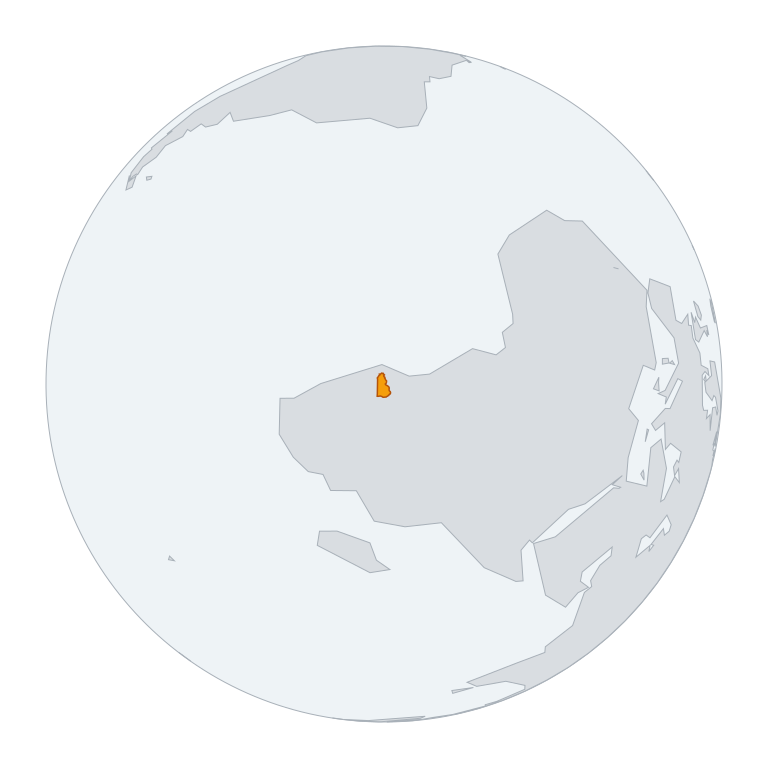 the Earth from above Cunene, rotated 91°
{"feature_id": "AGO-1889", "entity_name": "Cunene", "entity_type": "Province", "adm_level": 1, "iso_a3": "AGO", "parent_name": "Angola", "parent_adm1": "", "projection": "orthographic", "projection_center": [15.075, -16.287], "detail": "fine", "context": "on_globe", "style": "filled", "palette": "amber", "viewbox_px": 768, "rotation_deg": 91, "n_neighbors": 0, "source": "natural_earth", "source_scale": "10m", "svg_char_len": 6353}
<svg xmlns="http://www.w3.org/2000/svg" viewBox="0 0 768 768"><g transform="rotate(91 384 384)"><circle cx="384" cy="384" r="338" fill="#eef3f6" stroke="#a8b0b8"/><path d="M52.6,318.0L50.8,327.6L54.9,307.6L54.1,313.7L60.5,302.7L59.1,307.7L64.0,321.5L75.2,322.4L77.8,334.2L75.8,343.9L81.1,343.3L81.2,349.0L107.4,346.0L125.1,354.6L127.6,374.8L118.5,402.7L124.1,456.0L111.5,481.1L117.6,503.1L123.9,539.1L115.1,542.6L127.2,555.2L130.2,566.9L127.1,571.3L134.8,581.8L132.9,584.9L140.1,589.5L149.5,606.7L161.2,615.7L171.2,629.1L179.0,634.0L178.3,635.1L180.7,638.6L185.0,642.0L177.2,640.5L160.9,628.3L153.3,620.1L152.0,620.7L134.6,600.0L137.8,605.4L114.8,578.1L99.3,553.0L67.1,486.2L62.1,475.3L57.1,467.8L53.0,451.9L48.6,425.3L46.4,398.5L46.3,371.5L48.4,344.6L52.6,318.0ZM194.5,645.4L179.9,642.2L186.2,643.0L180.2,635.5L191.6,639.3L194.5,645.4ZM181.2,625.2L180.4,619.7L183.2,620.6L184.4,624.7L181.2,625.2ZM713.1,307.5L711.5,300.8L715.8,322.4L720.1,349.3L721.8,375.3L720.8,362.3L718.5,339.3L716.5,329.0L713.2,309.4L704.2,277.1L702.9,277.2L699.4,265.8L686.8,237.9L682.9,237.8L679.1,257.0L684.7,286.0L680.8,295.7L660.9,247.0L649.6,218.5L643.9,218.1L622.2,191.2L588.9,180.0L582.9,172.8L577.0,174.0L561.5,165.0L551.8,154.0L543.0,153.0L568.5,182.6L577.8,184.2L583.7,176.0L589.3,186.4L604.0,198.6L592.3,218.8L540.9,231.7L533.8,210.0L483.8,152.6L484.2,147.3L483.9,146.7L483.1,145.6L480.7,154.0L471.4,144.1L500.3,180.9L506.1,197.4L540.2,232.9L537.5,235.8L547.8,244.1L578.4,241.5L579.1,248.7L565.9,280.6L521.7,324.2L526.4,360.5L521.3,391.4L491.2,409.8L491.4,435.5L475.5,443.4L472.9,458.2L458.8,473.4L436.1,487.9L400.1,487.7L399.8,473.7L384.7,447.3L364.6,386.4L375.7,359.0L373.3,338.6L347.1,296.1L352.9,272.4L345.4,263.2L330.3,266.6L321.3,256.0L312.0,256.6L252.1,272.4L232.8,261.3L207.4,224.4L217.5,206.2L217.6,188.6L285.7,122.7L302.1,123.2L357.9,112.2L365.3,113.6L360.8,125.1L404.4,138.9L416.0,129.0L453.4,138.6L476.9,140.1L481.5,119.4L443.0,116.1L434.2,106.0L463.4,100.1L496.8,105.4L494.4,101.8L471.6,91.6L477.4,87.0L463.5,88.0L470.5,91.9L461.9,93.1L455.0,89.7L457.3,87.9L446.7,85.7L438.3,96.4L444.5,101.5L417.9,102.7L425.7,111.7L419.1,115.8L403.5,102.3L403.6,97.6L376.0,85.6L373.5,90.3L399.3,102.5L392.1,101.5L388.8,109.7L385.5,102.8L358.0,89.8L332.8,94.8L303.8,117.7L288.4,121.7L274.2,120.1L281.7,99.6L315.2,93.2L318.3,87.4L308.9,81.5L319.9,80.5L320.2,77.8L332.6,76.0L347.5,68.7L359.7,67.2L363.1,60.5L369.9,59.3L365.9,63.3L369.7,66.0L399.7,65.2L404.8,63.9L404.6,60.0L412.9,61.0L408.9,57.4L425.0,57.1L402.0,55.0L401.2,52.0L409.5,50.5L405.1,49.6L391.5,52.3L389.8,54.0L394.9,55.7L386.6,61.9L376.9,63.3L369.9,56.6L355.2,58.5L356.2,53.8L392.4,46.9L408.7,47.2L440.8,51.8L438.4,52.3L425.7,50.5L439.6,54.1L437.4,52.8L444.3,54.1L445.3,52.9L450.2,53.9L442.7,51.6L448.8,52.7L453.5,54.1L460.1,54.8L466.2,56.2L489.9,63.1L513.1,71.7L535.6,82.0L557.2,93.9L578.0,107.3L597.6,122.2L616.2,138.5L633.5,156.1L649.5,174.9L664.1,194.9L677.1,215.9L688.6,237.7L698.5,260.4L706.7,283.7L713.1,307.5ZM264.8,151.5L263.5,156.6L264.8,151.5ZM534.2,124.0L552.8,129.1L540.7,115.1L546.9,116.3L540.5,111.5L539.8,114.2L523.7,102.1L530.3,101.0L526.2,96.3L519.7,94.4L510.1,98.8L533.1,115.4L530.4,119.3L534.2,124.0ZM60.9,302.1L61.2,304.5L59.8,306.2L60.9,302.1ZM66.6,268.7L67.3,267.9L65.5,271.9L66.6,268.7ZM65.8,270.2L64.6,273.7L65.8,270.2ZM175.9,117.8L175.2,118.4L168.7,123.9L171.4,121.4L166.3,125.6L166.1,125.7L175.9,117.8ZM309.6,67.9L314.6,68.4L311.0,71.4L295.6,76.0L300.6,71.3L309.6,67.9ZM322.5,68.6L319.9,62.3L329.4,60.1L324.5,62.2L331.1,61.4L325.0,64.8L336.6,70.0L334.2,73.3L306.9,78.2L317.2,74.4L311.7,73.7L322.5,68.6ZM296.4,58.7L295.4,58.3L317.4,53.7L315.8,54.8L300.3,58.6L293.0,59.7L296.4,58.7ZM244.4,76.3L240.4,78.1L239.8,78.4L244.4,76.3ZM372.4,109.3L377.8,109.5L386.1,108.8L384.1,114.5L372.4,109.3ZM353.3,100.4L358.0,99.4L359.3,106.0L353.7,106.1L353.3,100.4ZM359.5,93.8L358.2,98.8L355.6,96.2L359.5,93.8ZM370.2,62.6L375.1,62.0L376.1,62.9L373.9,64.4L370.2,62.6ZM475.6,122.3L469.5,125.7L465.7,123.4L468.5,122.6L475.6,122.3ZM425.2,118.6L437.2,121.8L424.5,120.1L425.2,118.6ZM564.4,590.5L563.4,596.4L559.8,595.4L564.4,590.5ZM572.9,394.7L546.5,447.9L532.3,445.9L531.9,428.4L543.1,395.3L560.3,388.5L569.4,374.9L572.9,394.7ZM718.8,429.7L719.5,423.2L720.1,418.9L719.9,420.8L718.8,429.7ZM721.3,404.9L720.1,418.3L720.8,393.8L715.5,337.0L717.6,341.9L721.8,381.4L721.8,385.3L721.5,401.8L721.3,404.9ZM685.9,289.3L692.1,309.9L689.3,310.8L685.9,289.3ZM656.0,584.4L659.3,579.8L664.5,572.4L656.0,584.4Z" fill="#d9dde1" stroke="#a8b0b8" stroke-width="1"/><path d="M377.8,390.7L377.7,390.7L377.4,390.3L377.3,390.2L376.8,389.9L376.2,389.6L375.7,389.2L375.2,389.0L375.3,388.8L375.2,388.7L375.1,388.4L374.9,388.3L374.8,388.2L374.7,388.2L374.3,388.0L374.2,388.1L374.2,387.8L374.0,387.5L373.4,386.9L373.2,386.6L373.1,386.4L373.2,386.1L373.3,386.0L373.5,385.8L373.6,385.7L373.6,385.4L373.5,385.2L373.4,385.1L373.5,385.0L373.5,384.9L373.8,384.8L373.9,384.7L374.0,384.6L374.2,384.4L374.2,384.5L374.3,384.5L374.5,384.4L374.6,384.2L375.0,383.8L375.3,384.1L375.5,384.3L375.7,384.5L375.9,384.5L376.2,384.4L376.4,384.2L376.6,384.1L377.2,383.4L377.3,383.2L377.5,383.2L377.7,383.3L377.8,383.4L377.9,383.5L378.0,383.5L378.2,383.4L378.4,383.1L378.5,383.0L378.8,382.9L379.3,382.7L379.9,382.4L380.0,382.3L380.7,381.6L380.8,381.5L381.1,381.5L381.3,381.5L381.5,381.5L381.9,381.5L382.7,381.7L383.3,381.9L383.6,382.1L383.7,382.3L383.8,382.6L384.3,382.6L384.5,382.5L384.7,382.3L385.0,381.9L385.5,380.9L385.7,380.6L386.2,379.8L386.6,379.3L387.1,379.0L387.6,378.8L387.8,378.7L388.3,378.7L388.5,378.8L389.6,378.8L389.8,378.8L390.0,378.7L390.5,378.7L391.3,377.9L391.4,377.7L391.7,377.5L392.2,377.4L392.4,377.3L392.6,377.3L392.9,377.4L393.5,377.4L393.7,377.5L393.8,377.8L394.0,377.9L394.1,378.0L394.1,378.3L394.3,378.4L394.5,378.5L394.8,378.9L394.9,379.0L395.0,379.0L395.3,379.1L395.3,379.4L395.4,379.5L395.7,379.8L395.9,379.9L396.6,381.2L396.9,381.5L397.0,381.6L397.0,381.8L397.1,382.7L397.2,383.8L397.3,384.5L397.2,384.9L397.1,385.1L396.6,385.7L396.5,386.2L396.3,386.7L396.2,386.9L396.1,387.3L396.1,387.7L396.2,388.3L396.4,389.6L396.4,390.6L395.4,390.6L394.0,390.5L392.6,390.5L391.1,390.5L389.7,390.5L388.2,390.5L386.8,390.5L386.7,390.5L385.3,390.5L383.9,390.5L382.5,390.5L381.0,390.5L379.6,390.5L379.2,390.5L378.9,390.7L378.7,390.6L378.4,390.7L378.2,390.7L377.9,390.7L377.8,390.7Z" fill="#f59e0b" stroke="#b45309" stroke-width="1.5"/></g></svg>